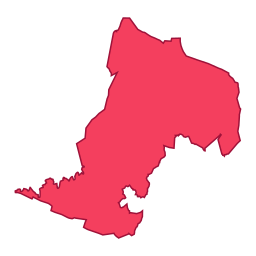 the district of Minatitlán, Colima, Mexico
{"feature_id": "50627088B87770668885129", "entity_name": "Minatitlán", "entity_type": "district", "adm_level": 2, "iso_a3": "MEX", "parent_name": "Mexico", "parent_adm1": "Colima", "projection": "equal_earth", "projection_center": [-104.083, 19.372], "detail": "fine", "context": "isolated", "style": "filled", "palette": "rose", "viewbox_px": 256, "rotation_deg": 0, "n_neighbors": 0, "source": "geoboundaries", "source_scale": "gbopen_adm2", "svg_char_len": 5795}
<svg xmlns="http://www.w3.org/2000/svg" viewBox="0 0 256 256"><path d="M228.7,73.1L221.6,69.3L218.8,68.3L208.3,63.6L197.5,60.0L186.2,56.0L183.3,51.6L182.0,48.6L180.9,45.4L180.2,41.4L180.2,38.2L171.7,38.4L171.0,41.2L164.8,40.8L163.3,43.2L159.6,40.2L157.6,39.4L155.1,38.2L150.9,36.5L148.4,35.0L146.1,33.4L145.2,32.8L144.1,32.3L142.8,32.2L137.8,29.4L129.6,18.1L123.2,18.0L122.4,19.9L122.0,20.3L121.7,21.3L121.2,22.2L120.6,24.1L120.0,26.2L118.4,29.7L117.7,30.3L116.4,30.5L116.3,30.8L116.5,31.6L116.3,31.6L115.5,30.8L114.8,31.1L113.8,32.3L113.4,33.3L107.0,66.6L107.7,67.6L108.8,68.4L109.5,69.8L109.9,71.0L111.0,72.6L111.3,73.5L111.4,74.4L111.3,75.6L117.2,72.5L108.8,89.7L108.5,95.4L107.1,98.9L104.6,109.4L99.0,113.5L95.6,117.1L92.0,119.7L86.0,128.1L85.1,138.2L76.6,143.7L82.2,165.6L82.4,165.9L83.6,166.1L84.1,166.4L84.2,166.7L84.2,166.9L84.1,167.0L83.0,166.9L82.9,167.1L82.7,167.6L82.4,167.6L82.2,167.7L82.0,168.0L81.7,169.5L82.3,170.4L82.4,171.0L82.8,171.4L83.4,172.3L83.6,173.1L83.5,173.8L83.2,174.0L82.6,173.7L82.2,173.6L82.0,173.4L82.0,173.0L81.8,172.8L81.5,172.8L81.0,173.6L80.4,174.0L79.3,175.1L79.0,175.2L78.8,175.1L78.8,174.9L78.7,174.2L78.6,173.6L78.4,173.0L78.1,172.5L77.6,172.3L77.3,172.4L77.0,172.6L76.9,172.9L76.5,173.1L76.1,173.5L75.8,174.0L75.7,174.2L75.4,175.2L75.1,175.6L75.2,175.9L74.8,176.4L75.1,178.2L74.9,179.2L74.8,179.4L73.9,179.9L73.7,179.8L73.4,179.4L73.3,179.0L73.0,178.5L72.8,177.8L72.4,176.7L72.1,176.6L71.4,177.0L70.6,177.8L70.1,178.6L69.5,179.9L69.5,180.3L69.4,180.6L69.1,180.9L68.7,180.8L68.5,180.3L68.2,180.1L68.1,179.9L67.5,179.4L67.0,179.2L65.8,178.3L64.7,178.6L64.4,178.5L64.2,178.2L64.3,177.6L63.8,177.4L63.1,178.1L63.0,178.8L63.0,179.5L63.1,180.2L62.7,180.3L61.2,181.0L60.5,181.2L60.0,182.8L59.5,186.0L59.2,187.2L58.6,188.0L58.2,188.3L57.8,188.3L57.5,188.1L57.2,187.3L57.3,186.8L57.0,185.8L56.9,184.1L56.8,183.5L55.7,183.7L55.2,184.1L54.0,184.1L53.5,184.0L53.4,183.7L53.7,182.6L53.7,181.6L53.5,181.4L53.5,181.1L53.3,180.8L53.0,180.2L53.1,179.9L53.1,179.6L52.9,179.3L52.0,179.1L51.4,179.2L50.9,178.5L50.4,178.2L49.4,178.4L48.9,179.0L48.6,179.1L47.5,179.3L46.3,179.7L45.6,180.2L45.4,180.4L45.3,181.0L45.8,181.4L46.1,181.8L46.5,182.8L46.5,183.0L45.8,183.1L45.7,183.3L45.0,184.6L44.8,184.7L44.5,184.5L44.0,184.6L43.7,184.8L42.6,185.3L42.5,185.6L42.9,185.9L43.1,186.8L43.1,187.5L42.8,187.7L42.1,187.5L40.2,188.4L39.7,188.9L39.6,189.5L40.0,190.6L40.1,191.3L40.1,192.5L40.1,195.0L39.9,196.8L39.8,197.2L39.5,197.4L38.3,197.4L38.2,197.2L38.3,196.4L38.2,196.0L38.2,194.8L38.1,194.7L37.4,194.7L35.3,193.7L35.2,192.9L34.5,192.2L33.5,191.7L31.8,189.5L31.3,189.0L30.4,187.5L30.1,187.4L29.8,188.0L29.5,189.0L28.9,190.4L28.7,190.7L28.3,190.8L28.1,190.9L27.8,190.8L27.3,189.9L26.3,189.2L24.0,188.6L23.8,188.6L23.7,189.2L23.3,189.8L23.0,190.0L22.6,190.8L21.8,191.4L21.2,191.5L20.4,191.2L20.5,190.0L20.4,189.5L19.8,189.1L19.5,189.1L19.2,189.3L18.1,189.2L17.6,189.9L15.4,190.9L15.4,192.5L15.9,192.6L16.8,192.6L16.4,192.2L20.7,193.4L32.0,198.9L33.1,197.0L33.6,197.3L40.6,200.8L48.4,203.4L50.6,204.9L51.9,206.1L52.0,206.7L51.0,210.6L55.0,212.3L61.7,214.5L67.6,217.5L69.1,218.1L72.1,218.7L74.6,217.7L75.5,218.1L86.3,219.7L85.1,222.6L83.6,227.3L86.7,229.0L88.3,229.7L98.8,233.3L102.8,234.9L114.0,233.3L114.5,234.4L116.0,236.0L116.8,236.7L117.9,237.4L118.6,238.0L128.8,233.9L128.9,233.5L131.6,235.6L134.2,234.2L134.5,232.8L134.6,230.9L136.1,227.4L136.5,227.0L136.8,227.0L137.5,225.8L137.5,225.4L138.1,223.6L139.6,222.9L141.2,220.5L141.8,218.1L142.4,216.7L142.5,210.8L140.5,212.4L136.7,213.6L130.5,212.7L129.5,213.1L129.5,210.9L128.6,210.5L127.4,207.7L126.9,204.0L123.3,207.1L122.8,207.1L122.3,207.5L121.7,207.7L120.5,207.5L120.3,207.2L119.0,203.1L118.5,202.9L118.4,202.7L120.1,201.6L120.4,200.7L122.7,198.6L124.6,198.6L125.6,197.9L125.7,197.7L125.4,197.2L124.5,195.3L124.1,194.8L122.8,194.0L122.9,193.6L123.2,193.0L123.2,191.7L123.0,190.9L122.4,189.9L122.3,189.6L122.3,189.1L122.8,189.0L124.8,187.9L125.4,186.6L125.8,186.2L126.2,186.0L126.7,186.0L127.1,186.4L127.7,186.6L128.0,186.6L129.6,185.2L131.8,188.4L132.8,188.7L132.8,189.3L133.0,189.9L133.2,190.0L134.0,189.8L134.3,189.9L134.6,190.1L135.2,190.1L135.8,190.9L135.8,191.4L136.2,192.5L136.2,193.0L135.6,194.0L135.4,194.6L136.3,194.6L137.4,195.2L137.5,196.6L138.4,196.7L138.7,196.3L139.8,196.3L140.3,197.1L140.6,197.7L141.4,197.5L142.2,196.9L142.9,196.8L143.7,196.9L144.1,197.4L144.3,197.5L146.0,194.5L146.9,194.3L147.0,194.0L147.0,192.3L147.5,191.8L147.5,188.3L148.0,188.0L148.6,186.8L149.0,186.2L149.2,184.9L149.4,184.2L149.3,182.9L148.6,182.4L148.4,181.8L146.9,179.9L146.7,178.8L146.4,178.2L147.2,176.6L147.5,176.6L147.9,176.3L148.2,175.9L148.3,175.5L148.1,174.4L149.3,174.3L151.5,173.1L153.5,168.6L155.4,167.5L156.3,166.8L157.9,166.2L158.3,165.7L159.4,162.0L159.7,162.2L159.9,161.0L161.1,158.7L164.1,157.0L165.2,155.6L165.0,152.2L164.2,150.2L164.1,149.3L164.3,147.0L163.9,145.6L169.3,147.5L174.0,148.2L174.7,137.6L176.0,136.5L175.7,136.0L175.4,135.4L176.3,135.4L177.2,135.2L178.2,135.9L178.4,135.6L178.4,135.0L178.7,134.8L179.3,134.9L179.5,134.3L179.7,134.2L180.0,134.3L180.8,134.1L182.8,135.2L183.1,135.6L183.1,135.9L183.6,136.6L185.4,137.2L187.9,136.4L188.6,136.4L189.3,137.7L191.6,143.1L193.6,143.5L195.1,144.4L195.9,144.1L202.7,147.9L203.3,149.4L204.3,150.7L205.1,150.8L204.9,148.3L219.0,136.0L220.3,134.7L220.4,134.3L221.1,134.9L218.0,139.5L221.9,154.1L222.6,154.3L222.8,155.3L223.8,155.5L224.4,156.1L224.7,154.7L225.2,154.6L226.0,154.7L226.6,154.2L228.4,153.9L237.3,143.4L240.2,140.6L237.8,131.3L238.8,125.4L239.4,115.7L239.3,115.0L240.6,109.0L239.6,107.8L236.9,98.4L239.0,92.3L238.9,91.1L238.7,90.2L238.8,89.9L238.5,89.0L238.6,88.2L238.1,86.8L238.1,85.2L238.0,83.7L237.8,83.1L237.4,82.8L236.4,82.5L235.1,82.3L232.8,78.5L229.9,76.3L229.4,75.5L228.6,74.7L228.7,73.1Z" fill="#f43f5e" stroke="#9f1239" stroke-width="1.5"/></svg>